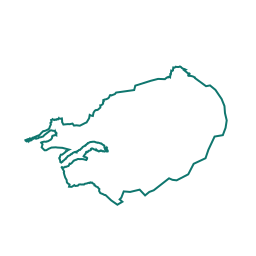 Sunndal nor, Møre og Romsdal, Norway (orthographic projection), rotated 292°
{"feature_id": "86288312B1434706694830", "entity_name": "Sunndal nor", "entity_type": "district", "adm_level": 2, "iso_a3": "NOR", "parent_name": "Norway", "parent_adm1": "Møre og Romsdal", "projection": "orthographic", "projection_center": [8.529, 62.636], "detail": "fine", "context": "isolated", "style": "outline", "palette": "teal", "viewbox_px": 256, "rotation_deg": 292, "n_neighbors": 0, "source": "geoboundaries", "source_scale": "gbopen_adm2", "svg_char_len": 5419}
<svg xmlns="http://www.w3.org/2000/svg" viewBox="0 0 256 256"><g transform="rotate(292 128 128)"><path d="M112.1,63.1L111.2,61.7L110.9,60.6L111.2,60.2L109.8,59.9L109.6,59.3L109.7,58.9L109.3,58.5L109.0,58.6L108.7,58.4L108.5,57.9L108.5,57.1L107.8,56.7L107.7,55.5L108.0,54.8L107.2,54.4L106.6,53.7L105.1,54.8L104.6,54.8L103.9,54.2L103.2,54.4L102.8,54.9L102.3,55.2L100.2,55.0L98.7,55.2L97.2,54.8L94.8,52.7L93.5,51.1L93.4,50.6L90.2,49.2L88.9,48.9L87.9,48.2L87.5,47.6L86.9,47.2L86.6,46.7L84.0,44.2L83.3,43.2L82.0,42.9L82.1,43.0L82.1,43.3L82.8,44.0L82.7,44.2L83.1,44.3L83.5,44.9L83.5,45.6L83.4,45.9L83.7,46.5L83.7,46.9L84.2,47.2L84.6,48.2L85.3,48.8L86.1,49.0L86.2,49.6L86.4,49.8L86.7,50.6L87.5,51.4L88.2,52.4L90.3,53.2L96.6,56.9L97.0,57.5L97.2,58.2L97.3,59.6L97.7,60.3L97.8,61.0L97.7,61.4L97.1,62.3L96.8,62.3L96.6,62.5L97.0,62.4L96.7,62.7L96.5,62.4L96.8,63.0L96.7,63.4L96.0,63.8L95.6,63.7L94.3,64.3L94.3,63.4L94.1,62.9L93.6,62.5L93.5,62.1L93.0,61.8L92.5,60.9L91.8,60.8L90.4,61.3L88.5,60.9L85.8,58.8L85.7,58.6L85.4,58.3L85.3,57.9L84.6,57.3L83.9,55.3L82.2,53.0L81.9,52.9L80.9,54.9L77.7,55.2L76.1,59.0L76.8,60.6L79.2,62.4L81.2,64.4L83.0,68.2L83.3,69.3L83.4,69.8L85.0,74.5L85.9,81.5L84.8,80.5L83.3,79.7L83.2,79.0L82.0,78.9L78.7,77.0L78.1,75.7L76.2,75.6L74.9,75.9L74.4,75.5L73.9,75.8L73.0,76.9L71.0,78.1L70.9,79.0L71.4,79.1L71.4,79.3L72.1,79.9L73.0,80.0L74.2,80.8L75.5,81.3L76.1,81.9L77.2,81.9L78.0,82.5L79.2,82.6L81.2,84.5L82.0,84.7L82.5,85.0L82.7,85.6L84.0,86.0L85.5,87.3L86.0,87.9L85.8,88.3L86.5,88.9L86.3,89.4L86.8,89.3L86.9,89.6L87.8,89.8L88.1,90.4L89.1,90.7L89.5,91.1L89.8,91.8L91.2,92.2L91.6,92.6L93.4,93.1L95.4,94.7L96.4,95.1L96.5,95.3L96.4,95.4L97.4,95.7L98.0,96.0L98.2,96.4L99.0,96.4L99.6,97.2L100.7,98.1L102.0,100.4L102.7,102.0L102.7,104.1L103.0,104.7L102.9,105.4L103.3,106.0L103.4,108.0L103.6,108.5L103.4,109.0L103.6,109.3L103.2,110.3L103.0,111.2L103.0,111.9L102.8,112.6L101.5,113.2L101.5,113.4L101.1,113.5L100.3,114.2L101.2,114.8L101.3,115.0L100.9,115.0L101.5,115.5L100.8,115.8L101.8,115.5L102.1,115.9L102.6,115.9L102.2,115.9L101.6,115.7L101.2,116.0L100.4,115.9L100.1,116.1L100.6,116.0L100.4,116.2L100.6,116.2L100.4,116.3L99.5,116.1L100.1,116.8L100.6,116.8L100.1,116.8L99.5,116.5L99.8,117.1L99.8,117.3L99.6,116.9L99.6,117.1L99.6,116.8L99.5,116.5L99.3,116.4L99.3,116.7L99.4,117.0L99.1,116.5L99.0,116.3L98.8,116.2L98.7,115.9L98.4,115.5L98.8,116.3L99.0,116.3L99.1,116.6L99.6,117.4L99.5,117.5L98.9,116.4L98.9,116.8L99.4,117.5L99.2,117.7L98.7,117.0L98.4,117.3L98.2,116.8L98.0,115.6L97.3,114.9L97.3,113.8L96.9,113.5L96.9,113.2L97.2,111.9L97.1,111.6L96.8,111.5L96.9,111.2L96.4,111.0L96.3,110.8L96.3,110.5L95.6,110.1L95.3,109.6L95.4,109.2L95.7,108.2L95.4,108.0L95.4,107.8L95.9,106.9L95.4,107.0L95.3,106.7L95.6,105.4L95.4,104.8L95.7,102.8L95.4,101.9L94.8,101.5L94.3,101.9L93.5,101.7L92.4,100.6L92.2,100.0L92.5,99.4L91.9,99.9L90.8,99.7L90.1,99.1L90.1,98.7L90.3,98.3L90.2,98.2L88.2,98.3L87.6,98.0L85.1,97.4L85.0,97.6L85.0,99.2L85.1,100.1L85.0,100.4L85.1,100.7L84.9,101.3L84.1,101.6L82.7,101.3L82.3,98.0L81.7,96.3L81.1,95.1L80.7,93.6L80.2,92.7L79.3,92.2L78.8,91.3L78.1,90.7L77.8,90.2L77.3,90.1L76.5,89.5L75.2,89.3L73.2,88.2L72.8,87.7L72.9,87.2L71.3,87.2L70.4,87.0L69.7,86.0L68.8,85.2L68.5,84.2L67.9,84.0L67.2,83.2L66.9,81.5L67.1,81.2L67.2,80.6L64.1,84.7L63.4,85.2L62.8,85.1L62.3,85.4L60.8,86.5L58.5,88.4L56.9,90.5L54.9,91.6L54.2,92.6L53.7,95.0L51.5,95.3L52.3,97.7L52.9,98.3L54.9,99.6L54.5,100.8L55.7,103.1L57.1,103.6L57.8,104.7L58.3,106.5L58.9,107.5L59.0,108.3L60.1,108.9L61.3,110.8L61.9,111.4L62.4,112.0L62.6,113.1L63.4,113.3L63.6,113.7L63.5,114.2L63.9,115.1L63.5,115.4L63.4,116.1L63.5,116.7L63.1,118.1L62.8,118.3L62.2,118.4L62.2,119.4L61.8,120.3L61.8,122.2L61.1,123.2L60.7,124.3L58.8,124.8L57.3,126.7L57.3,129.6L57.1,131.3L57.4,132.3L54.6,139.5L52.9,146.9L57.5,150.4L58.7,147.0L60.9,147.9L67.6,147.8L69.5,153.9L75.2,161.9L71.9,169.1L76.7,171.7L79.9,175.2L96.7,184.9L96.6,188.6L97.7,192.7L107.6,201.2L119.4,202.3L129.0,211.2L138.1,210.7L152.5,211.5L156.9,218.6L164.7,218.4L172.0,216.7L178.2,212.3L184.5,209.2L190.0,203.9L196.1,194.8L198.2,188.1L196.0,184.7L199.4,171.3L199.9,171.1L200.1,169.0L200.0,167.9L199.7,166.2L199.1,164.9L199.1,164.3L199.5,164.0L200.7,164.8L201.5,164.7L201.6,164.3L201.4,163.8L201.2,163.4L201.3,162.5L201.6,161.7L202.6,158.4L203.7,159.5L203.8,158.3L203.6,157.2L203.8,155.5L204.4,154.2L204.5,153.2L204.3,152.8L203.9,152.6L203.5,152.0L202.7,149.9L202.7,149.3L201.4,148.6L201.1,147.3L198.2,148.1L197.4,147.5L197.4,146.6L193.9,147.6L193.8,147.1L190.9,148.0L191.0,147.6L190.9,147.2L190.3,146.8L190.5,146.3L190.0,145.9L189.9,145.6L189.0,145.1L189.0,144.9L187.1,143.9L184.8,137.5L180.2,131.3L170.0,118.9L165.5,119.5L156.4,103.7L154.5,103.1L152.0,100.4L152.1,100.2L152.0,99.5L151.6,99.0L149.6,99.0L148.3,98.6L147.4,97.9L146.4,96.9L145.6,95.6L144.6,94.6L144.2,94.8L143.8,95.5L143.5,95.6L142.6,95.1L141.5,95.7L140.5,95.6L138.9,94.4L138.6,93.8L137.5,94.4L136.6,94.7L133.6,93.2L132.9,92.4L132.8,91.7L131.7,90.8L129.4,90.3L126.0,90.9L125.7,89.2L125.8,87.6L122.4,88.3L117.6,87.5L116.9,86.7L112.1,82.5L111.2,79.2L110.0,77.0L111.3,74.9L109.7,72.5L108.9,70.4L107.0,66.8L108.9,64.6L109.7,64.4L112.1,63.1ZM78.3,37.4L78.0,37.6L77.9,38.1L77.8,38.3L77.9,38.5L77.6,39.0L78.0,39.6L78.3,40.4L78.7,40.8L78.5,41.0L79.3,41.2L79.7,42.1L80.6,43.2L81.1,43.2L81.8,42.6L82.0,42.8L81.8,42.6L81.9,42.2L81.3,41.5L81.6,40.9L80.3,40.3L80.1,39.9L80.3,39.6L79.8,38.9L79.2,38.5L78.3,37.4Z" fill="none" stroke="#0f766e" stroke-width="2"/></g></svg>